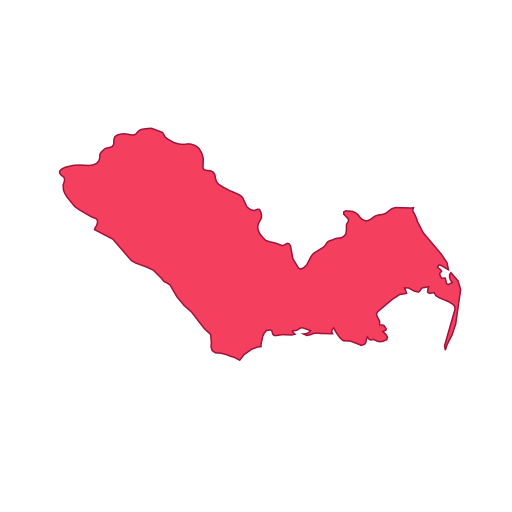 the Unitary Authority of Tasman District, rotated 101°
{"feature_id": "NZL-3403", "entity_name": "Tasman District", "entity_type": "Unitary Authority", "adm_level": 1, "iso_a3": "NZL", "parent_name": "New Zealand", "parent_adm1": "", "projection": "albers", "projection_center": [172.619, -41.407], "detail": "fine", "context": "isolated", "style": "filled", "palette": "rose", "viewbox_px": 512, "rotation_deg": 101, "n_neighbors": 0, "source": "natural_earth", "source_scale": "10m", "svg_char_len": 3869}
<svg xmlns="http://www.w3.org/2000/svg" viewBox="0 0 512 512"><g transform="rotate(101 256 256)"><path d="M178.5,110.7L180.9,110.8L182.1,110.6L184.5,108.4L189.4,105.0L191.4,104.3L192.2,103.4L201.2,96.4L218.7,74.6L226.3,67.1L232.8,64.5L230.0,72.1L229.8,74.7L232.2,75.7L233.1,74.6L234.1,72.4L235.4,70.9L238.3,72.4L239.8,71.7L241.3,70.5L242.4,69.4L241.6,66.0L247.0,63.6L247.2,61.5L245.2,59.2L244.6,58.3L242.4,60.6L239.8,62.0L237.3,62.4L235.1,61.5L241.9,52.9L249.9,48.7L284.7,47.0L296.1,48.5L306.5,51.5L312.3,52.2L308.2,53.8L270.3,50.5L267.6,51.3L265.8,53.6L264.1,58.3L262.2,67.5L260.6,71.9L258.0,74.1L259.6,78.9L258.6,80.7L256.2,80.9L253.2,80.6L255.6,86.7L256.6,87.5L259.5,88.7L260.4,89.7L260.3,93.6L258.2,100.5L259.1,104.2L260.3,103.1L264.0,101.1L266.4,107.6L272.4,113.8L287.4,125.9L289.7,126.7L291.9,125.8L296.2,122.4L297.0,122.0L299.3,121.8L300.0,121.1L299.6,118.1L299.9,117.0L302.7,114.3L304.1,114.4L305.9,117.1L308.2,113.5L310.7,111.4L313.2,111.7L315.6,115.2L316.5,118.1L316.5,120.3L315.5,124.9L316.5,127.0L316.3,128.9L314.2,131.3L317.1,131.8L319.7,131.7L321.9,132.5L323.8,135.9L323.3,137.0L321.5,147.2L322.1,151.5L322.5,153.6L322.1,155.1L320.1,158.2L316.2,162.4L311.8,166.0L313.4,167.0L314.7,167.4L316.0,167.1L317.7,166.0L319.7,177.5L320.0,181.1L321.0,184.6L322.9,187.6L324.3,190.8L323.5,194.6L322.8,192.4L321.8,190.5L320.4,189.1L318.8,188.2L317.6,196.5L318.1,198.5L320.8,201.4L321.8,203.1L322.3,205.7L323.4,205.7L325.3,202.8L326.7,205.8L328.2,215.2L330.4,221.5L330.5,223.3L329.5,224.7L326.5,226.1L325.8,227.8L327.0,231.3L330.0,233.2L333.9,234.1L341.9,234.2L344.1,233.8L344.8,236.7L348.4,242.5L355.1,248.9L361.4,252.1L359.7,257.8L359.4,261.2L358.5,266.2L358.1,272.3L358.8,277.4L357.2,281.0L353.8,282.8L349.6,283.3L341.7,285.5L337.1,292.9L323.3,308.6L318.4,317.0L311.1,325.9L300.9,334.8L299.4,338.4L298.6,341.4L295.7,344.9L289.6,353.9L287.8,360.8L285.8,373.1L284.2,377.6L266.8,399.7L260.9,419.6L258.3,419.1L257.1,418.4L255.2,418.1L253.2,418.0L251.3,418.5L250.0,419.7L249.5,422.1L248.9,425.3L244.3,438.4L242.0,443.4L234.1,452.9L230.9,455.7L228.0,457.6L223.0,458.9L219.9,458.4L218.3,458.4L216.7,458.8L215.5,459.5L214.7,460.7L214.1,462.1L213.2,463.5L211.9,464.6L210.2,465.0L207.8,463.4L205.2,460.1L201.8,452.3L200.4,446.7L199.0,437.1L197.6,433.2L195.7,430.3L192.6,428.4L190.3,428.1L186.0,428.6L184.2,428.1L182.7,427.2L181.3,426.1L180.3,425.4L179.3,424.5L178.4,422.9L177.2,420.0L175.9,417.9L173.4,417.0L168.4,417.7L166.1,417.4L164.2,415.9L162.5,413.0L161.3,409.4L160.9,405.0L161.0,401.7L160.5,398.9L159.0,397.0L157.3,396.2L155.3,394.8L153.7,392.9L152.1,388.5L151.1,385.2L150.6,382.6L152.6,371.3L156.7,367.7L158.3,364.4L160.3,358.3L160.8,352.6L160.3,348.7L159.8,346.6L159.0,344.5L158.7,342.6L158.6,341.1L159.1,337.2L159.9,334.9L161.4,332.4L164.9,329.3L167.6,327.6L170.7,326.3L179.4,324.9L181.2,323.5L181.4,320.4L181.0,317.4L181.6,314.5L183.6,312.1L187.7,310.5L190.6,308.9L192.7,306.4L194.8,301.0L196.6,295.3L198.6,286.0L199.6,282.8L201.2,280.3L209.4,274.4L211.1,271.4L211.8,268.7L211.7,266.4L209.9,263.6L209.6,261.9L210.5,260.7L213.2,259.0L215.4,258.2L217.6,257.9L224.1,259.9L227.1,259.9L230.2,258.8L233.3,256.6L236.8,252.6L238.9,249.2L239.5,244.7L239.5,240.9L239.9,237.0L240.5,234.3L240.7,232.1L240.1,230.7L237.6,227.7L237.7,225.8L239.4,224.1L251.6,219.3L259.6,212.1L260.3,210.2L259.8,208.7L258.2,206.7L255.0,204.5L246.4,202.0L243.9,200.9L241.7,199.3L234.3,191.3L232.0,189.9L229.9,189.2L228.4,188.3L227.0,186.7L225.6,183.9L224.2,182.1L223.2,180.1L222.4,177.5L221.4,175.0L219.1,172.9L217.0,172.1L213.2,172.2L208.1,173.2L206.4,172.8L204.5,172.0L202.9,172.0L201.5,173.1L198.2,177.9L196.0,178.3L194.5,176.4L193.8,169.6L194.8,165.9L196.4,163.2L197.7,161.9L199.7,159.0L200.5,156.2L200.2,153.4L198.1,150.4L195.8,148.5L193.8,146.3L192.3,143.5L190.9,139.4L189.2,136.6L183.6,131.7L181.8,128.3L179.3,112.9L178.5,110.7Z" fill="#f43f5e" stroke="#9f1239" stroke-width="1.5"/></g></svg>